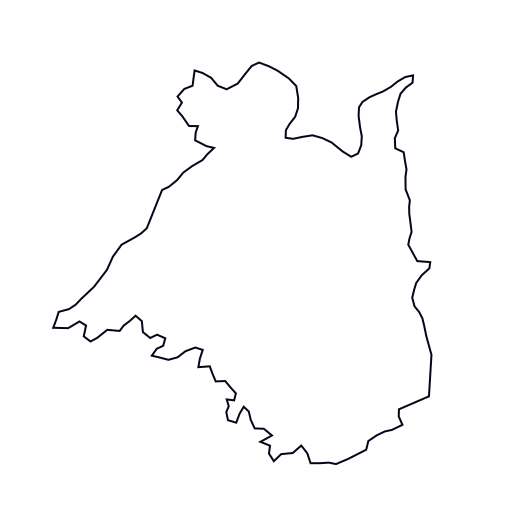 outline of Iraceminha, Santa Catarina, Brazil, rotated 98°
{"feature_id": "56859067B41079605660592", "entity_name": "Iraceminha", "entity_type": "district", "adm_level": 2, "iso_a3": "BRA", "parent_name": "Brazil", "parent_adm1": "Santa Catarina", "projection": "robinson", "projection_center": [-53.33, -26.856], "detail": "fine", "context": "isolated", "style": "outline", "palette": "ink", "viewbox_px": 512, "rotation_deg": 98, "n_neighbors": 0, "source": "geoboundaries", "source_scale": "gbopen_adm2", "svg_char_len": 2229}
<svg xmlns="http://www.w3.org/2000/svg" viewBox="0 0 512 512"><g transform="rotate(98 256 256)"><path d="M353.6,432.0L345.4,421.7L348.5,414.6L359.5,415.4L363.7,408.0L359.3,402.0L349.8,393.0L349.2,380.6L343.2,377.3L338.4,372.4L331.9,366.9L336.4,360.0L347.1,357.4L351.9,349.4L347.7,343.0L350.1,334.4L357.8,335.4L361.7,341.4L369.2,345.3L369.9,337.6L371.0,328.3L367.2,319.5L360.2,312.7L355.1,303.4L356.4,295.7L365.5,297.3L374.1,297.6L371.7,286.4L378.5,282.8L385.8,278.4L384.1,269.1L390.0,262.6L394.8,256.8L402.0,257.6L402.1,265.0L408.6,262.1L414.8,263.7L422.5,260.9L423.8,252.4L414.5,250.3L407.0,247.2L411.0,241.5L419.0,238.4L426.9,233.3L426.0,224.2L431.5,215.2L439.4,225.8L441.9,215.7L449.8,215.7L456.7,209.8L448.7,203.5L446.0,192.2L437.4,184.8L444.3,177.7L453.6,173.1L452.2,163.4L450.5,155.3L450.9,147.8L444.3,136.8L432.5,119.9L423.6,119.0L416.7,111.4L411.8,104.0L409.3,97.2L402.8,87.5L395.1,92.3L387.9,93.1L370.9,65.2L329.4,68.5L311.9,76.1L301.8,79.7L294.5,82.6L288.7,86.7L283.8,92.0L275.5,95.5L267.5,94.7L260.4,93.6L252.0,89.2L244.1,82.6L237.8,82.6L238.6,95.6L223.6,106.8L217.0,106.4L210.5,105.3L201.8,107.6L192.9,110.1L186.0,111.2L179.4,111.4L169.3,117.1L156.9,119.0L149.4,119.0L142.4,121.3L132.7,124.2L130.0,133.1L120.0,134.9L111.9,132.7L102.2,135.5L93.6,137.5L83.3,136.8L75.3,135.5L68.4,131.1L62.6,125.1L55.3,125.6L58.0,133.1L63.5,140.1L69.5,145.7L75.3,153.0L79.0,159.4L82.9,165.6L88.5,171.9L94.4,174.7L103.0,173.9L114.3,170.8L122.7,167.9L131.7,167.2L140.3,169.2L144.5,175.5L140.3,185.0L133.1,196.9L130.0,206.7L128.6,216.8L131.7,227.0L134.8,235.5L134.8,243.1L127.3,243.9L120.7,241.2L112.7,236.6L104.0,235.0L93.7,236.2L82.1,239.8L75.7,248.0L69.5,260.4L66.3,269.7L64.0,279.9L68.4,286.7L77.0,291.9L87.8,298.1L95.0,308.3L92.7,317.6L85.8,325.2L82.2,334.4L80.8,342.6L87.8,342.6L96.2,342.5L100.5,350.2L109.0,355.9L114.4,350.7L122.7,354.3L128.0,348.3L136.6,340.4L135.5,331.6L142.1,332.9L149.9,332.4L154.1,320.3L154.8,312.6L161.8,318.2L168.4,322.3L175.7,331.6L183.5,339.6L191.8,344.7L199.5,351.8L203.7,358.2L243.7,368.0L249.6,372.9L254.1,378.2L263.5,390.7L276.5,397.6L290.3,401.6L309.0,412.1L322.6,423.0L329.4,427.9L334.6,433.8L338.8,443.6L346.7,444.9L355.3,446.8L353.6,432.0Z" fill="none" stroke="#020617" stroke-width="2"/></g></svg>